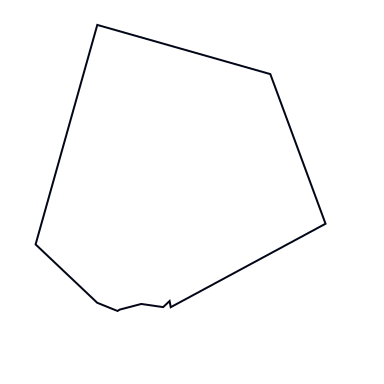 outline of Kendall, Texas, United States of America, rotated 16°
{"feature_id": "52423323B46155834246828", "entity_name": "Kendall", "entity_type": "district", "adm_level": 2, "iso_a3": "USA", "parent_name": "United States of America", "parent_adm1": "Texas", "projection": "robinson", "projection_center": [-98.722, 29.928], "detail": "fine", "context": "isolated", "style": "outline", "palette": "ink", "viewbox_px": 384, "rotation_deg": 16, "n_neighbors": 0, "source": "geoboundaries", "source_scale": "gbopen_adm2", "svg_char_len": 304}
<svg xmlns="http://www.w3.org/2000/svg" viewBox="0 0 384 384"><g transform="rotate(16 192 192)"><path d="M56.1,285.5L131.4,324.6L153.2,326.9L154.9,325.0L174.1,313.6L196.0,310.6L200.5,303.0L203.3,308.6L329.1,185.7L234.8,57.1L54.9,57.5L56.1,285.5Z" fill="none" stroke="#020617" stroke-width="2"/></g></svg>